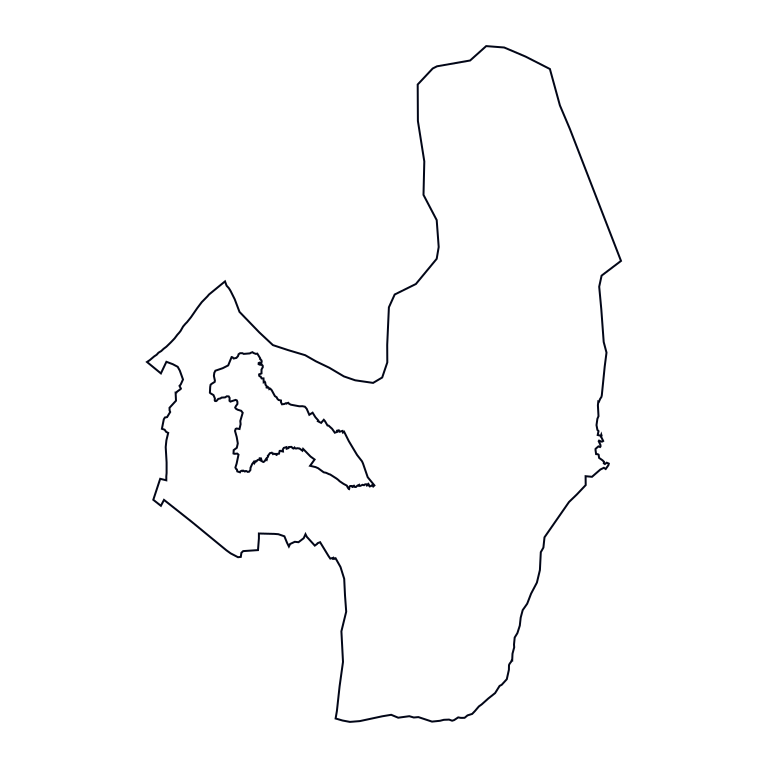 Ohaukwu, Ebonyi, Nigeria (Natural Earth projection)
{"feature_id": "59680162B24000905354670", "entity_name": "Ohaukwu", "entity_type": "district", "adm_level": 2, "iso_a3": "NGA", "parent_name": "Nigeria", "parent_adm1": "Ebonyi", "projection": "natural_earth1", "projection_center": [7.913, 6.539], "detail": "fine", "context": "isolated", "style": "outline", "palette": "ink", "viewbox_px": 768, "rotation_deg": 0, "n_neighbors": 0, "source": "geoboundaries", "source_scale": "gbopen_adm2", "svg_char_len": 6120}
<svg xmlns="http://www.w3.org/2000/svg" viewBox="0 0 768 768"><path d="M336.9,711.0L335.6,718.5L342.5,720.5L349.9,721.9L359.8,721.1L382.2,716.3L391.2,714.8L398.2,717.7L409.3,716.2L413.8,717.5L418.4,717.1L432.0,721.6L439.9,720.8L443.9,719.8L449.1,719.6L452.1,720.7L454.1,720.1L458.2,717.4L461.0,717.9L464.6,717.8L467.5,715.4L472.2,713.9L474.8,711.2L478.9,706.4L481.7,704.4L488.4,698.4L495.1,693.1L499.6,685.9L501.7,684.8L506.8,679.2L508.9,669.8L509.0,665.1L509.7,663.6L511.1,661.8L511.8,660.1L512.2,660.3L512.5,653.7L514.2,647.3L514.0,644.6L514.7,637.5L517.4,633.1L519.8,625.6L520.7,617.6L522.7,610.1L527.2,603.7L531.1,593.6L536.9,582.6L539.9,570.1L540.8,552.2L543.4,547.6L544.5,537.3L569.0,502.0L576.8,494.5L585.7,485.1L585.6,476.2L592.0,476.8L600.4,469.5L603.9,467.8L605.7,469.0L608.4,465.2L608.8,463.6L606.7,462.7L604.9,464.0L603.8,463.3L604.0,461.8L602.5,460.3L599.1,457.9L598.6,454.7L597.7,454.2L596.1,454.1L595.5,449.9L595.6,448.8L598.4,446.4L600.1,447.0L600.5,446.5L600.5,445.1L598.7,441.2L599.1,440.6L601.2,441.6L602.5,441.5L603.2,441.0L601.4,437.3L601.0,436.9L601.6,435.7L601.3,434.7L601.1,435.3L600.0,435.6L597.7,435.0L598.5,431.1L597.4,429.9L596.5,425.1L597.4,418.8L598.5,416.2L597.9,405.2L598.3,401.5L598.9,401.8L600.2,398.8L601.4,397.0L601.8,395.3L604.7,366.6L606.5,352.6L603.7,342.0L601.3,309.3L599.2,286.7L601.6,275.6L621.0,260.9L569.9,129.0L559.9,105.4L549.9,69.0L525.6,56.6L504.2,47.5L486.2,46.1L470.1,60.5L437.0,66.3L432.7,68.5L417.7,84.5L417.9,121.0L424.3,161.4L423.5,194.9L436.7,220.1L438.7,247.0L436.7,258.8L415.9,284.0L394.7,294.5L388.9,307.3L387.2,344.9L387.3,362.4L382.2,377.5L373.1,382.9L355.2,380.3L343.9,376.4L329.4,367.8L315.9,361.3L305.2,355.2L288.1,350.1L272.9,345.1L259.3,332.4L239.5,311.9L234.7,299.2L230.6,291.0L228.9,288.2L226.6,285.7L225.0,281.4L209.0,294.5L207.4,296.4L201.7,302.2L197.2,308.2L191.0,317.2L187.0,322.2L185.4,323.8L183.1,326.5L180.6,330.9L179.2,332.7L177.3,334.8L174.6,338.4L170.8,342.4L166.4,346.7L163.6,348.8L161.3,351.0L158.5,352.7L156.6,354.8L154.3,356.3L149.8,360.1L147.0,362.0L160.9,373.4L166.4,361.8L172.8,364.2L177.7,366.8L179.8,370.6L183.0,379.5L180.7,384.5L179.5,385.9L180.9,388.6L180.7,389.0L176.8,391.9L176.5,392.5L175.6,392.5L176.0,400.7L169.5,407.8L169.6,410.5L170.2,412.0L167.1,417.1L164.9,417.5L163.8,419.3L161.9,428.8L164.6,429.7L166.2,431.9L168.2,432.9L166.4,440.3L165.7,447.1L166.6,462.4L166.6,473.0L166.3,476.3L166.3,480.3L160.2,478.8L153.3,499.8L160.9,505.8L164.0,499.9L191.8,521.9L226.4,550.3L230.7,553.4L238.0,557.2L240.8,556.9L241.4,552.8L243.2,551.1L258.0,550.1L258.9,538.5L258.9,533.5L274.2,533.9L278.3,534.2L284.4,536.3L287.0,542.7L288.9,546.5L290.1,544.0L294.8,541.8L298.5,542.2L303.7,538.2L305.5,534.2L306.8,536.8L314.8,545.6L317.0,544.0L317.6,543.2L320.1,542.2L328.5,556.0L330.3,558.6L332.5,558.0L332.9,558.9L333.3,558.9L333.7,557.9L334.8,558.8L335.6,558.3L340.5,567.0L344.2,578.8L345.0,595.3L346.2,611.7L341.4,631.3L343.0,661.9L339.6,686.3L336.9,711.0ZM253.5,353.0L255.9,353.9L257.3,353.6L260.2,358.3L260.0,358.9L261.4,360.3L261.7,361.2L261.4,363.0L259.6,362.6L258.7,363.0L258.6,364.1L259.5,364.6L262.1,365.0L262.7,365.7L262.8,367.1L261.5,369.6L261.5,373.4L259.1,374.4L259.2,375.8L259.9,376.4L260.7,376.6L261.6,378.4L263.5,378.4L263.7,382.3L264.8,381.8L265.2,382.5L265.5,384.7L266.7,386.2L266.6,387.5L267.4,387.7L268.0,387.2L269.1,388.2L269.3,389.1L270.3,388.7L271.7,390.2L274.9,396.1L276.7,397.3L277.3,398.7L278.6,400.0L281.0,400.5L281.0,402.3L282.0,404.3L284.3,404.0L286.0,403.2L286.6,403.6L287.3,403.1L288.3,402.8L289.1,403.8L290.9,404.7L299.4,406.3L302.4,406.2L304.9,406.7L306.7,408.8L309.3,414.8L312.6,412.7L315.4,417.2L318.3,420.5L317.9,421.2L321.1,422.9L323.8,419.8L325.0,421.2L327.5,425.5L328.6,425.6L332.1,428.8L334.8,432.7L337.4,431.8L337.1,430.7L338.8,430.3L339.7,431.7L342.5,430.9L343.0,432.5L344.1,431.7L348.8,441.1L352.6,447.5L357.1,455.0L362.0,461.3L363.0,463.5L367.7,477.2L374.4,485.4L373.2,486.5L372.2,485.1L371.1,486.0L369.8,486.4L369.4,485.6L368.7,485.5L368.8,484.5L368.3,483.9L367.5,485.0L366.9,485.4L366.5,484.3L365.2,484.3L364.0,485.2L362.7,484.8L360.1,485.9L359.1,485.9L359.0,484.9L357.5,485.6L355.9,487.0L354.8,486.9L354.0,485.7L352.9,486.1L353.0,486.8L352.7,487.0L352.3,486.9L351.6,486.0L350.2,486.0L349.7,486.4L349.3,487.2L349.4,487.9L349.1,489.1L348.8,489.0L347.8,487.6L346.8,485.6L343.6,483.9L339.6,481.2L338.4,480.0L336.6,478.6L330.2,474.5L329.1,474.2L326.1,472.8L323.7,472.3L318.1,468.2L315.6,467.1L310.1,465.8L314.6,459.5L310.5,456.5L303.1,448.9L302.4,450.7L299.5,448.5L297.2,448.2L296.4,448.5L295.2,448.4L294.5,447.5L293.4,448.5L292.7,448.2L291.5,446.9L289.0,447.0L288.5,448.1L286.7,448.7L286.5,447.1L283.8,447.9L282.8,449.5L283.0,451.5L282.2,451.4L280.7,450.8L279.7,450.9L279.0,453.7L277.1,453.9L276.9,454.6L276.6,454.9L276.2,454.7L275.7,453.9L274.6,454.0L273.7,453.6L273.0,454.1L271.8,452.7L269.9,453.2L268.4,455.3L267.9,455.7L268.1,456.4L267.5,457.5L266.9,457.8L266.6,458.5L266.9,459.4L266.7,459.9L265.9,459.2L264.9,460.8L264.0,461.7L263.3,462.0L261.7,461.1L261.0,458.4L259.8,458.3L259.8,460.0L258.9,459.5L257.5,460.1L256.4,461.4L255.7,461.2L254.4,463.1L253.9,461.8L252.2,464.0L250.5,467.8L250.4,470.0L249.1,471.7L247.7,471.9L246.5,471.1L245.8,471.0L244.9,471.5L243.5,470.7L242.8,471.1L242.1,470.6L240.5,471.3L240.0,472.3L237.3,471.4L236.9,469.5L236.0,468.8L235.4,467.5L236.6,463.7L238.5,454.7L237.3,453.6L234.3,453.8L233.5,453.5L233.7,450.1L236.8,447.8L237.8,443.4L236.7,437.0L235.0,430.9L235.7,428.9L236.6,428.5L239.5,429.0L240.6,424.2L240.3,421.0L242.7,412.8L241.2,410.8L237.6,409.7L235.8,408.6L235.2,407.5L235.9,406.1L237.4,404.0L237.4,401.9L236.8,400.4L235.6,399.9L230.4,401.6L229.5,400.8L229.6,397.9L228.7,396.4L226.8,396.3L225.1,397.4L221.5,397.6L220.5,398.4L218.3,398.9L216.6,400.8L216.0,401.1L215.1,401.0L214.7,400.2L214.9,398.5L213.5,395.1L210.5,393.3L209.9,392.7L210.2,386.9L210.6,384.7L211.7,383.8L214.7,381.9L214.9,380.6L213.9,375.9L214.3,372.8L215.4,370.7L222.7,368.2L228.2,365.4L231.6,357.1L232.5,357.3L233.7,358.5L236.4,357.9L238.0,356.1L238.6,354.2L240.1,353.2L242.4,353.2L243.7,353.9L249.8,353.4L250.8,352.8L252.5,352.2L253.5,353.0Z" fill="none" stroke="#020617" stroke-width="2"/></svg>